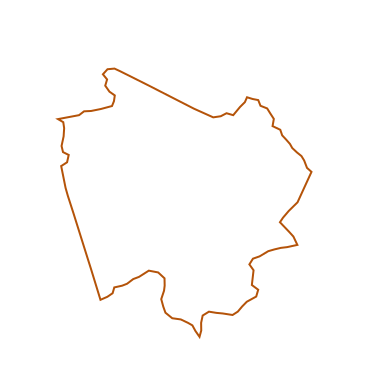 the district of Pinhalzinho, São Paulo, Brazil, rotated 254°
{"feature_id": "56859067B83412128761975", "entity_name": "Pinhalzinho", "entity_type": "district", "adm_level": 2, "iso_a3": "BRA", "parent_name": "Brazil", "parent_adm1": "São Paulo", "projection": "robinson", "projection_center": [-46.579, -22.785], "detail": "fine", "context": "isolated", "style": "outline", "palette": "amber", "viewbox_px": 384, "rotation_deg": 254, "n_neighbors": 0, "source": "geoboundaries", "source_scale": "gbopen_adm2", "svg_char_len": 1384}
<svg xmlns="http://www.w3.org/2000/svg" viewBox="0 0 384 384"><g transform="rotate(254 192 192)"><path d="M267.9,271.0L263.8,267.6L260.5,261.6L254.5,252.8L258.2,246.9L256.9,240.5L257.9,233.0L271.5,216.9L307.6,178.3L328.0,156.1L332.0,151.5L333.3,144.6L329.7,138.8L323.6,141.4L318.1,137.9L311.2,140.3L306.1,144.4L300.8,142.0L296.7,138.8L296.9,127.3L297.7,117.3L299.3,110.5L297.0,104.6L299.0,83.3L294.6,87.5L288.6,86.7L280.8,83.9L272.2,79.3L265.9,79.0L261.6,83.7L255.0,80.1L253.0,73.4L230.8,71.6L222.4,71.6L204.3,72.2L156.6,73.4L145.7,73.7L113.6,74.3L114.6,81.8L116.6,87.8L121.7,91.0L121.2,99.0L121.7,104.3L124.5,111.5L125.0,117.6L128.3,128.8L124.0,137.3L116.6,141.8L109.5,139.9L104.8,137.9L97.5,132.9L89.7,132.8L83.3,133.2L76.1,138.2L72.6,146.1L67.3,152.1L63.7,155.6L57.4,157.0L50.7,159.3L56.3,162.7L63.7,164.7L70.3,168.2L72.3,175.3L69.1,182.1L66.8,188.0L62.6,197.1L64.4,203.1L68.1,208.6L71.4,214.4L73.8,224.9L79.8,228.7L86.1,223.9L99.8,229.6L106.6,227.2L111.1,232.2L111.5,239.2L114.1,249.0L114.1,255.4L113.8,262.0L112.8,268.2L112.1,278.7L121.2,277.2L126.9,274.4L138.7,268.2L142.3,272.5L147.2,279.9L153.0,290.6L178.4,312.4L183.5,309.2L191.4,308.5L196.4,307.1L201.1,303.8L206.6,300.5L211.2,299.4L216.3,297.0L221.6,294.3L227.5,294.0L233.1,287.6L239.7,290.8L246.3,288.8L251.6,287.3L256.0,281.6L262.1,281.0L264.7,275.9L267.9,271.0Z" fill="none" stroke="#b45309" stroke-width="2"/></g></svg>